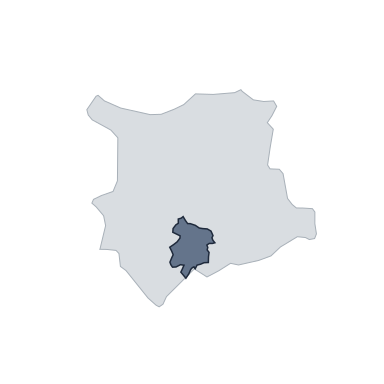 Kosovo, with Priština highlighted, rotated 116°
{"feature_id": "KOS-5902", "entity_name": "Priština", "entity_type": "District", "adm_level": 1, "iso_a3": "XKX", "parent_name": "Kosovo", "parent_adm1": "", "projection": "albers", "projection_center": [21.268, 42.679], "detail": "fine", "context": "in_parent", "style": "filled", "palette": "slate", "viewbox_px": 384, "rotation_deg": 116, "n_neighbors": 0, "source": "natural_earth", "source_scale": "10m", "svg_char_len": 1756}
<svg xmlns="http://www.w3.org/2000/svg" viewBox="0 0 384 384"><g transform="rotate(116 192 192)"><path d="M117.6,141.3L134.6,135.9L137.0,132.0L133.3,123.5L135.6,118.2L155.9,103.3L159.3,96.5L160.6,91.2L157.9,85.5L154.2,76.5L156.1,72.8L166.6,67.7L175.1,61.8L180.1,61.4L183.3,65.7L183.2,70.1L186.0,77.7L192.2,81.7L202.6,88.4L214.8,93.0L224.2,102.0L237.2,118.2L239.2,126.1L250.9,133.3L261.8,141.3L260.1,156.2L297.2,169.1L305.6,168.9L309.6,171.2L309.5,174.6L306.6,185.0L291.5,217.0L290.3,223.7L279.3,230.7L277.8,234.7L281.0,243.5L283.9,249.7L283.6,249.7L260.1,254.9L252.1,261.0L247.4,271.6L245.9,277.1L241.8,277.3L234.8,271.8L226.1,263.2L214.7,263.9L175.8,282.4L171.9,292.1L170.9,313.3L168.3,319.0L164.1,322.6L148.0,320.2L146.3,318.8L148.5,310.7L147.8,292.9L140.8,263.5L135.7,253.8L125.2,244.1L117.0,237.7L102.3,231.9L95.0,215.7L84.0,197.2L78.6,192.9L79.5,191.1L82.3,177.3L79.2,167.2L74.4,158.6L77.9,153.4L88.2,153.6L96.7,154.7L99.9,146.5L117.6,141.3Z" fill="#d9dde1" stroke="#a8b0b8" stroke-width="1"/><path d="M259.6,155.5L259.2,156.5L258.5,157.0L258.5,157.5L259.8,158.5L262.1,159.2L263.8,159.1L267.1,159.0L272.2,159.7L268.9,166.9L266.0,166.9L261.3,167.1L262.4,170.5L266.4,173.5L268.1,176.6L266.6,179.2L264.7,181.1L259.6,181.4L256.7,181.4L254.1,184.3L251.4,187.8L247.2,185.4L243.3,183.5L238.7,182.6L236.6,183.5L236.6,187.8L236.6,191.6L233.1,193.0L228.6,192.1L226.1,190.6L222.3,192.5L220.2,190.2L218.0,189.2L220.5,185.4L222.3,182.1L221.2,179.7L220.5,174.4L221.2,169.7L220.2,166.4L218.5,162.1L218.8,157.8L222.0,154.0L224.4,154.0L226.2,152.1L227.6,149.2L229.3,151.1L230.7,154.0L233.2,155.4L234.9,153.5L237.4,153.0L238.8,150.2L242.9,148.8L248.2,146.4L250.3,150.2L253.1,152.6L255.5,155.4L259.6,155.5Z" fill="#64748b" stroke="#1e293b" stroke-width="1.5"/></g></svg>